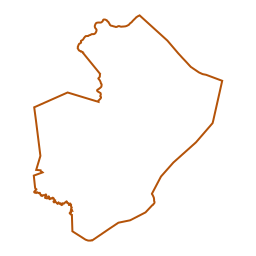 San Esteban, Olancho, Honduras
{"feature_id": "27666195B69653705101844", "entity_name": "San Esteban", "entity_type": "district", "adm_level": 2, "iso_a3": "HND", "parent_name": "Honduras", "parent_adm1": "Olancho", "projection": "orthographic", "projection_center": [-85.837, 15.313], "detail": "fine", "context": "isolated", "style": "outline", "palette": "amber", "viewbox_px": 256, "rotation_deg": 0, "n_neighbors": 0, "source": "geoboundaries", "source_scale": "gbopen_adm2", "svg_char_len": 5187}
<svg xmlns="http://www.w3.org/2000/svg" viewBox="0 0 256 256"><path d="M139.6,15.4L137.8,16.3L136.0,17.5L135.5,18.2L134.9,18.7L133.3,20.3L132.6,21.0L131.8,22.0L131.1,22.6L130.0,23.4L129.6,23.9L129.0,24.6L128.6,25.0L128.3,25.1L127.7,25.4L127.2,25.7L125.9,26.2L125.6,26.3L123.8,26.5L122.2,26.6L121.7,26.7L121.4,26.7L120.6,26.6L119.7,26.3L119.2,26.1L118.8,26.1L118.2,26.2L117.0,26.8L116.6,26.9L115.9,27.0L114.7,26.6L113.4,26.3L112.3,25.9L111.1,25.7L110.7,25.5L110.2,25.0L110.0,24.9L109.8,24.6L109.6,24.1L109.4,23.6L108.6,22.5L108.3,21.8L107.6,21.4L107.4,21.3L106.8,20.3L106.6,20.2L106.1,20.0L105.2,19.6L104.8,19.5L103.8,19.5L103.6,19.6L103.4,19.7L103.2,19.9L102.6,21.3L101.8,22.0L101.2,22.4L100.8,22.5L100.2,22.6L99.1,22.5L98.4,22.5L97.1,22.7L96.4,22.9L96.1,23.2L95.4,24.2L94.9,25.5L94.8,26.1L94.8,26.8L95.1,27.6L95.4,28.2L96.0,28.9L96.3,29.3L96.5,29.7L96.5,30.0L96.5,30.4L96.5,30.8L96.1,31.8L95.9,32.3L95.3,33.2L95.1,33.4L94.7,33.7L94.4,33.9L94.1,34.0L93.7,34.1L92.4,34.1L91.5,34.2L91.2,34.4L90.8,34.7L90.5,34.9L89.5,35.2L88.4,35.7L88.1,36.0L87.7,36.0L86.0,36.1L85.8,36.2L85.6,36.2L85.3,36.5L84.8,37.0L84.0,38.0L83.7,38.5L83.2,39.3L82.9,39.7L82.5,40.0L81.4,40.6L81.0,40.9L81.0,41.1L80.9,41.3L81.1,42.3L81.0,42.6L80.9,42.8L80.7,43.0L80.2,43.3L79.2,43.8L79.0,44.1L78.7,44.6L77.9,46.6L78.0,46.7L78.0,46.9L77.8,47.6L77.7,48.0L77.7,48.3L77.8,48.5L78.5,49.5L78.8,50.2L79.0,50.4L79.6,50.7L80.0,51.0L80.4,51.1L80.8,51.1L80.9,51.3L81.0,51.6L81.4,51.6L81.6,51.6L81.8,51.7L82.2,52.0L82.4,52.0L82.6,52.0L82.8,52.6L82.9,52.9L83.4,53.1L83.4,53.4L100.1,73.9L99.9,74.4L99.9,75.1L99.8,76.7L99.3,77.4L98.6,78.1L98.5,78.3L98.4,78.4L98.5,78.7L98.7,79.1L99.7,80.2L99.9,80.5L100.1,81.0L100.7,82.3L100.9,83.4L101.6,84.3L101.6,84.6L101.6,85.1L101.4,86.4L101.3,86.7L101.0,87.1L99.9,88.1L99.4,88.4L98.9,88.9L98.5,89.1L97.4,89.8L97.2,90.1L97.1,90.5L97.3,91.0L98.1,91.7L98.5,91.9L100.2,92.9L100.4,93.0L100.5,93.1L100.7,93.7L100.8,94.4L100.7,95.0L100.3,95.9L100.3,96.1L100.3,96.3L100.5,96.5L100.9,96.9L101.0,97.2L101.0,97.4L101.0,97.7L100.8,98.0L100.7,98.3L100.5,98.6L99.1,100.0L98.6,100.4L98.4,100.6L98.4,100.9L98.6,101.7L98.6,101.9L67.6,92.5L34.2,107.3L35.9,120.0L40.4,155.9L36.2,169.9L40.5,170.3L40.5,170.7L40.6,170.9L41.2,171.4L42.1,172.0L42.4,172.2L42.6,172.4L33.8,175.6L35.0,186.9L35.1,187.5L35.2,188.1L35.4,188.4L36.0,189.0L36.4,189.3L36.4,189.5L36.2,189.7L35.4,190.3L34.9,191.1L34.3,191.6L34.2,192.0L34.3,192.3L34.6,192.6L35.1,192.6L35.5,192.6L36.1,193.0L36.3,192.9L36.5,192.6L36.7,192.3L36.9,192.2L37.2,192.3L37.5,192.4L37.9,192.7L38.2,193.0L38.4,193.1L38.7,193.1L39.2,192.9L39.5,192.9L39.8,192.9L39.9,193.0L39.9,193.3L40.1,193.5L40.2,194.2L40.3,194.4L40.4,194.6L41.1,194.9L41.0,195.5L41.4,195.7L41.7,195.8L41.9,195.9L42.1,196.0L42.4,195.8L42.9,195.3L43.2,195.1L43.3,195.1L44.1,195.4L44.3,195.4L44.8,195.1L45.6,194.5L45.9,194.5L46.0,194.7L46.2,195.1L46.1,195.7L46.1,196.2L45.9,196.6L45.2,197.3L45.1,197.5L45.1,197.8L45.5,198.0L46.1,198.1L47.0,198.4L47.9,198.1L48.2,198.0L48.3,197.8L48.4,197.5L48.1,196.7L48.3,196.5L48.6,196.4L48.9,196.5L49.0,196.6L49.0,196.9L49.0,197.2L49.2,197.7L49.3,198.1L49.3,198.9L49.4,199.0L49.5,199.1L49.9,199.1L50.1,199.0L50.3,198.9L50.6,198.3L50.9,198.2L51.3,198.2L51.6,198.4L51.9,198.6L52.1,198.6L52.3,198.0L52.5,197.8L52.7,197.7L53.0,197.8L53.5,198.2L53.6,198.3L54.0,199.1L54.4,200.0L54.6,200.2L54.9,200.2L55.1,200.3L55.0,200.6L54.8,200.8L53.7,201.2L53.6,201.3L53.5,201.5L53.6,201.8L53.7,202.0L54.0,202.3L54.3,202.3L54.6,202.2L54.9,201.6L55.1,201.5L55.3,201.5L56.4,202.6L56.8,203.2L57.6,203.8L57.8,203.7L57.9,203.2L58.1,202.9L58.3,202.6L58.5,202.5L58.8,203.1L59.5,203.2L59.5,203.3L59.5,203.6L59.8,203.9L60.0,203.9L60.2,203.6L60.2,203.4L60.3,203.3L60.5,203.3L60.8,203.5L60.8,204.2L60.9,204.4L61.1,204.7L61.5,204.9L61.6,205.0L61.9,204.9L62.4,204.7L62.6,204.5L62.7,204.2L62.5,203.5L62.6,203.3L63.0,203.3L63.7,203.4L64.1,203.4L64.3,203.4L65.0,202.5L65.6,202.2L66.2,201.6L66.5,201.4L66.7,201.5L66.9,201.8L67.0,201.9L67.0,202.5L67.2,202.9L67.4,203.0L67.6,203.0L68.2,203.1L68.3,203.3L68.7,204.0L68.9,204.8L69.0,205.0L69.3,205.0L69.6,204.8L69.7,204.6L70.1,203.6L70.3,203.6L70.6,204.2L71.1,204.8L71.1,205.0L71.0,205.4L70.9,205.6L71.0,205.9L71.1,206.5L71.2,206.8L71.4,207.0L71.6,207.2L71.7,207.4L71.4,207.7L71.3,207.8L71.2,208.6L71.1,209.1L71.5,209.0L71.8,209.4L71.8,210.1L71.7,210.3L71.8,210.5L72.1,210.6L72.2,210.8L71.5,210.8L71.2,211.0L70.8,211.2L70.7,211.3L70.7,211.5L71.0,211.9L70.8,212.2L71.0,212.6L70.9,212.8L70.7,212.8L70.0,212.8L69.9,212.8L69.7,213.1L69.8,213.3L69.9,213.5L70.2,213.8L70.5,213.9L70.7,214.2L70.9,214.5L71.5,214.8L71.9,214.9L72.4,231.3L85.6,239.7L86.6,240.0L87.5,240.4L88.7,240.6L89.3,240.6L90.2,240.5L90.6,240.6L90.9,240.6L91.2,240.3L91.4,240.2L91.6,240.2L92.2,240.4L110.0,228.3L118.4,222.7L130.1,220.3L145.5,212.4L152.1,205.4L152.3,205.2L152.6,205.1L153.0,204.8L153.4,204.1L154.1,203.5L154.4,202.9L154.5,202.5L154.5,201.9L154.4,201.6L154.1,201.0L154.1,199.5L153.9,198.1L153.8,197.6L153.1,196.0L152.4,194.6L152.0,194.1L151.9,193.8L161.0,176.5L173.4,162.5L196.0,142.3L212.6,123.1L213.4,119.9L222.2,80.8L206.1,74.8L202.6,74.1L198.9,72.4L190.8,66.9L189.3,65.3L186.1,61.8L182.7,58.2L178.3,53.4L167.4,40.6L139.6,15.4Z" fill="none" stroke="#b45309" stroke-width="2"/></svg>